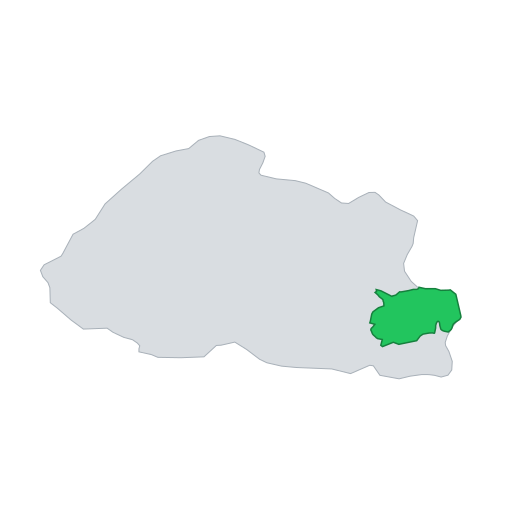 where Tashigang sits in Bhutan, rotated 8°
{"feature_id": "BTN-2493", "entity_name": "Tashigang", "entity_type": "District", "adm_level": 1, "iso_a3": "BTN", "parent_name": "Bhutan", "parent_adm1": "", "projection": "albers", "projection_center": [91.704, 27.241], "detail": "fine", "context": "in_parent", "style": "filled", "palette": "green", "viewbox_px": 512, "rotation_deg": 8, "n_neighbors": 0, "source": "natural_earth", "source_scale": "10m", "svg_char_len": 2568}
<svg xmlns="http://www.w3.org/2000/svg" viewBox="0 0 512 512"><g transform="rotate(8 256 256)"><path d="M409.9,221.7L409.1,224.9L405.6,233.5L403.2,242.8L405.2,250.4L413.2,259.5L423.9,266.8L437.5,267.3L450.0,264.5L455.1,265.6L461.9,277.7L466.8,288.2L460.2,299.1L456.6,308.6L455.4,315.3L456.2,318.3L460.3,323.7L465.0,333.0L465.7,341.6L462.7,347.3L456.2,350.1L449.3,349.3L443.6,349.4L436.4,350.4L425.2,353.6L414.8,357.7L395.3,356.9L387.5,348.4L383.8,348.4L366.0,359.3L346.7,357.3L311.4,360.8L296.7,361.5L281.6,360.2L274.0,357.8L259.8,349.9L247.0,344.2L233.8,349.2L229.2,350.1L218.5,363.1L195.7,367.2L172.9,370.0L166.2,368.2L153.4,367.2L153.0,364.1L153.4,361.1L150.6,358.7L145.4,356.1L136.5,355.0L125.1,351.5L118.6,348.2L95.2,352.4L81.7,345.1L66.5,335.3L58.8,330.9L56.3,316.1L53.7,311.3L47.8,306.2L44.5,300.2L47.4,294.2L63.0,283.3L64.2,280.7L71.8,259.9L81.8,252.5L91.7,242.1L99.3,225.4L113.7,208.3L129.5,190.9L140.4,176.6L147.6,170.0L162.2,163.1L174.4,159.0L183.0,149.5L193.2,144.2L203.6,142.0L219.0,143.5L233.5,147.1L249.4,152.1L251.2,156.0L249.8,162.8L247.4,169.8L247.3,173.3L249.7,175.3L265.3,176.8L284.4,175.9L295.1,177.0L319.0,183.5L326.0,188.1L333.3,191.6L340.4,191.1L349.5,183.7L359.0,177.4L365.0,176.4L369.2,178.5L376.8,184.5L392.5,190.2L406.6,194.5L411.1,198.5L409.6,215.9L409.9,221.7Z" fill="#d9dde1" stroke="#a8b0b8" stroke-width="1"/><path d="M421.8,264.3L428.4,264.8L433.1,264.1L438.1,263.4L443.7,264.3L451.6,263.0L453.1,262.5L459.2,266.1L467.0,286.3L467.5,288.0L466.6,290.4L462.7,293.8L460.9,295.9L460.5,297.2L460.1,299.9L459.7,301.1L459.0,302.3L457.4,304.0L457.0,304.5L456.7,304.5L453.2,304.3L452.0,304.1L450.9,303.8L449.8,303.2L449.2,302.7L448.9,302.1L448.7,301.5L448.0,300.0L447.7,299.2L447.1,296.9L446.8,296.2L446.4,295.7L445.7,295.3L445.1,295.4L444.5,296.0L443.9,297.6L443.6,299.8L443.9,302.4L443.6,307.0L443.5,307.5L443.2,307.7L441.4,307.6L438.1,308.2L432.3,310.1L429.7,312.4L426.9,317.5L409.7,323.6L404.0,322.3L393.9,328.1L392.0,327.0L392.7,321.1L388.0,320.9L386.3,320.1L385.8,319.6L383.1,317.8L382.7,317.4L382.1,316.8L380.9,314.6L380.0,313.3L380.0,312.7L380.2,311.7L381.5,310.1L383.2,307.1L378.0,306.4L378.3,304.7L378.7,297.4L379.6,295.0L384.5,290.2L389.6,287.6L389.3,285.9L389.2,285.4L389.1,284.9L388.9,284.2L388.1,282.8L388.0,282.2L387.8,281.6L387.1,281.1L383.8,279.2L382.0,277.5L379.0,275.5L380.3,274.2L379.7,272.5L384.6,273.1L396.3,277.1L396.7,276.6L399.8,275.3L400.3,274.8L403.2,271.5L404.6,271.4L412.0,269.0L416.4,267.2L419.8,266.7L420.8,266.2L421.5,265.3L421.8,264.5L421.8,264.3Z" fill="#22c55e" stroke="#15803d" stroke-width="1.5"/></g></svg>